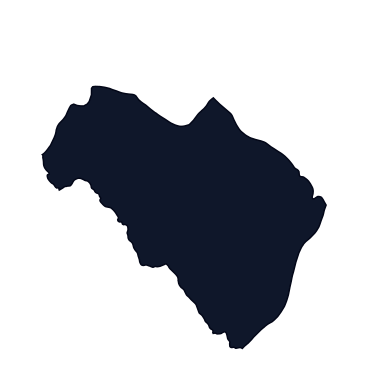 As Sawm, Hadramawt, Yemen, rotated 133°
{"feature_id": "15242507B25439284744831", "entity_name": "As Sawm", "entity_type": "district", "adm_level": 2, "iso_a3": "YEM", "parent_name": "Yemen", "parent_adm1": "Hadramawt", "projection": "equal_earth", "projection_center": [49.843, 16.023], "detail": "fine", "context": "isolated", "style": "filled", "palette": "ink", "viewbox_px": 384, "rotation_deg": 133, "n_neighbors": 0, "source": "geoboundaries", "source_scale": "gbopen_adm2", "svg_char_len": 6053}
<svg xmlns="http://www.w3.org/2000/svg" viewBox="0 0 384 384"><g transform="rotate(133 192 192)"><path d="M208.4,338.4L210.3,339.3L211.5,339.6L212.9,339.3L214.2,339.0L218.3,337.7L221.0,336.7L222.2,336.3L223.4,336.1L225.9,335.8L227.2,335.7L232.1,335.8L233.3,335.7L234.7,335.4L235.9,335.1L238.1,334.1L239.2,333.6L240.3,332.8L241.4,332.1L242.8,331.3L243.9,330.8L246.4,329.8L247.7,329.4L251.2,328.3L252.5,327.9L253.6,327.5L254.9,327.2L256.3,327.1L259.4,326.7L261.8,326.5L264.2,326.5L266.7,326.9L266.6,326.6L267.2,325.7L267.9,325.1L268.7,324.4L269.3,323.5L270.0,322.6L271.3,321.1L272.7,319.7L273.3,319.0L273.9,318.1L274.4,317.1L274.8,316.1L275.3,313.8L275.4,312.5L275.4,310.3L275.7,309.2L276.4,308.6L277.1,309.1L278.0,309.4L278.8,309.0L279.5,308.2L280.5,306.5L280.7,305.5L281.0,304.2L281.1,303.1L281.2,301.9L281.2,300.7L280.9,299.7L280.8,298.5L281.0,297.1L281.3,296.1L281.5,294.9L281.3,293.6L280.6,293.1L279.9,292.1L280.6,291.3L281.1,290.4L280.2,290.1L277.7,289.4L276.0,289.0L275.1,288.9L274.3,288.4L273.6,287.7L272.7,287.2L271.3,285.9L270.5,285.3L269.6,285.2L268.8,285.3L267.8,285.4L266.0,285.9L264.3,286.2L263.5,286.2L262.6,286.0L261.0,285.4L260.2,285.0L259.4,284.5L258.7,283.7L258.0,282.8L257.6,281.8L256.9,279.8L256.7,278.7L256.3,277.7L255.7,276.8L255.2,275.9L255.1,274.8L255.1,273.7L255.2,272.6L255.9,270.6L256.5,269.7L257.2,268.9L257.6,267.9L257.3,265.4L257.4,264.3L257.9,263.3L258.0,262.2L257.8,261.1L257.3,260.1L257.0,259.0L257.3,258.0L258.0,257.1L258.4,256.1L258.5,255.0L259.1,254.2L259.9,254.1L260.7,253.8L261.3,253.0L261.6,251.9L261.7,250.8L261.9,248.4L261.9,247.2L261.8,246.0L261.5,245.0L260.4,243.2L259.9,242.4L259.3,241.4L258.9,240.5L258.8,239.3L258.8,236.9L259.1,234.6L259.4,233.2L260.1,230.8L260.3,229.7L260.6,228.7L261.3,228.1L262.1,227.7L262.9,227.5L263.6,226.5L263.6,225.4L263.2,224.4L262.5,223.8L261.9,222.9L262.9,220.9L262.6,219.8L261.8,219.2L261.2,218.4L260.9,217.4L260.8,216.2L261.3,215.3L261.8,214.5L262.5,213.8L263.2,213.1L264.0,212.6L265.8,211.8L266.5,211.1L267.0,210.0L267.5,209.2L268.2,208.4L268.8,207.8L269.5,206.8L269.9,205.7L270.1,204.6L269.9,203.2L269.9,202.0L270.0,201.0L270.4,199.9L270.9,199.0L272.1,197.2L272.6,196.2L273.2,194.1L273.4,192.9L273.5,191.6L273.7,190.6L274.3,189.5L274.8,188.7L275.4,187.9L277.1,184.8L277.7,183.9L278.3,183.2L278.9,182.3L279.3,181.4L279.7,180.3L279.8,179.2L279.4,178.2L278.8,177.4L278.0,176.8L277.3,176.4L276.6,175.8L276.0,174.7L275.6,173.6L275.1,172.7L274.3,170.5L273.9,169.6L273.2,168.9L272.4,168.6L271.6,168.3L271.0,167.4L270.4,166.5L269.7,165.9L268.1,164.7L265.5,163.5L263.7,162.7L262.9,162.4L262.1,161.9L262.2,159.0L262.6,158.0L262.9,157.0L263.1,155.8L263.2,149.8L263.3,147.6L263.7,145.2L264.1,144.1L264.7,143.3L265.3,142.5L266.1,141.9L266.7,141.0L268.0,139.3L268.4,138.3L268.8,137.3L269.0,136.1L269.2,134.9L269.0,132.6L269.0,131.4L269.3,130.3L269.7,129.4L270.9,126.2L271.1,125.1L271.0,122.8L271.1,121.6L271.2,120.4L271.3,119.1L271.3,117.9L271.3,114.4L271.4,113.1L271.6,112.1L273.2,108.9L274.7,106.0L275.2,105.0L275.6,104.0L275.4,101.7L275.4,100.6L275.6,99.5L276.2,97.2L276.5,96.2L277.4,94.4L277.6,93.3L277.5,92.1L277.7,89.7L278.1,88.7L279.2,86.6L279.3,85.6L279.3,84.5L278.9,83.5L279.0,82.3L279.6,81.5L280.4,81.2L281.0,80.1L280.3,79.5L279.4,78.9L279.0,77.9L278.7,76.9L278.0,76.2L276.6,74.9L275.9,74.4L275.1,74.0L274.2,73.9L272.5,73.2L271.8,72.6L271.6,71.5L271.9,70.4L273.0,68.6L274.2,66.9L274.9,65.9L275.3,64.8L275.4,63.5L275.7,62.5L276.4,61.5L277.2,61.1L278.5,59.7L279.2,58.8L279.1,57.6L278.6,56.8L277.8,56.2L277.0,55.6L276.7,54.6L276.5,53.5L275.8,52.9L273.4,51.2L272.8,50.5L272.3,49.5L272.1,48.5L269.4,48.5L268.1,48.4L266.8,48.2L265.6,48.1L264.4,47.9L259.3,47.8L257.7,47.9L256.2,48.0L245.6,47.6L243.0,47.3L241.7,47.1L240.2,47.0L237.7,46.6L236.0,46.2L232.1,44.9L229.5,44.6L224.7,44.4L219.1,45.1L216.6,45.6L214.2,46.1L212.7,46.4L210.3,47.3L207.1,48.6L204.2,50.0L202.8,50.7L201.6,51.3L194.5,55.7L189.7,58.5L186.7,60.4L184.1,61.9L181.3,63.3L172.3,68.3L167.8,70.4L165.4,71.5L164.2,72.1L162.9,72.6L161.6,73.0L159.2,73.8L157.8,74.2L156.6,74.5L155.4,74.6L154.2,74.9L153.1,75.0L150.7,75.0L148.3,74.7L146.0,74.4L144.7,74.3L139.4,74.2L138.0,74.2L135.3,74.5L131.1,75.4L128.6,76.4L124.6,78.2L119.8,80.2L118.3,81.0L116.1,82.3L114.8,83.0L110.1,85.0L108.9,88.9L108.3,90.5L107.9,92.1L107.6,93.7L108.1,95.1L108.9,96.3L109.8,97.1L112.3,97.7L113.4,97.9L114.5,98.7L114.2,100.3L113.1,101.1L110.8,102.3L109.8,103.1L108.8,103.9L107.9,104.9L107.0,106.2L106.4,107.6L105.3,110.9L104.9,112.7L104.6,114.2L104.5,115.9L104.6,117.6L104.8,119.2L105.0,120.6L105.8,121.9L106.7,123.0L106.8,124.5L106.0,125.6L105.1,126.6L104.2,127.6L103.8,129.0L103.9,130.5L104.3,132.1L104.4,133.6L103.6,136.9L103.3,138.5L102.9,141.4L102.7,143.1L102.6,144.8L102.5,148.4L102.7,151.4L102.9,153.0L103.2,154.7L103.6,156.6L104.4,161.4L105.1,165.0L105.6,170.1L105.8,171.7L106.2,173.1L107.5,176.1L108.2,177.4L110.3,181.3L112.4,185.8L112.9,187.2L113.2,188.7L113.6,190.2L113.9,191.9L114.0,193.7L114.2,196.7L114.2,198.2L113.9,200.3L113.4,202.3L112.9,204.2L112.5,205.6L110.7,210.4L109.3,213.6L108.8,214.8L108.4,216.3L108.3,217.9L108.8,229.7L108.9,231.7L108.8,235.3L108.8,236.8L108.7,238.7L108.6,240.6L111.1,241.0L113.8,241.2L115.3,241.0L118.2,240.4L119.4,240.2L122.0,240.1L123.3,240.1L126.0,240.4L127.2,240.4L128.8,240.6L129.9,240.6L131.1,240.6L136.9,240.0L138.3,239.8L143.7,239.9L144.8,240.0L145.8,240.6L148.3,242.1L149.3,242.8L150.6,243.9L151.7,245.0L152.6,246.2L153.3,247.5L154.0,248.9L154.7,250.5L155.3,252.4L155.9,254.2L156.3,256.1L157.1,261.1L157.4,262.6L158.2,266.7L158.7,270.0L158.8,271.7L159.2,273.4L159.7,278.9L159.9,283.1L160.0,285.1L160.6,288.8L160.8,290.7L160.9,294.0L160.6,295.7L160.0,298.7L160.3,300.3L161.0,301.7L161.8,302.8L163.5,305.0L164.3,306.1L165.1,307.2L166.8,309.9L167.5,311.1L168.3,312.9L169.0,314.6L169.5,315.9L170.1,317.2L170.7,318.5L171.4,320.0L172.5,322.9L174.7,326.8L175.4,327.9L176.3,329.2L177.9,331.5L178.8,332.5L180.7,334.7L181.2,335.1L181.7,335.6L182.8,336.4L184.7,336.2L189.5,331.8L195.9,328.9L199.2,328.6L203.0,329.9L205.3,332.5L207.1,335.1L208.4,338.4Z" fill="#0f172a" stroke="#020617" stroke-width="1.5"/></g></svg>